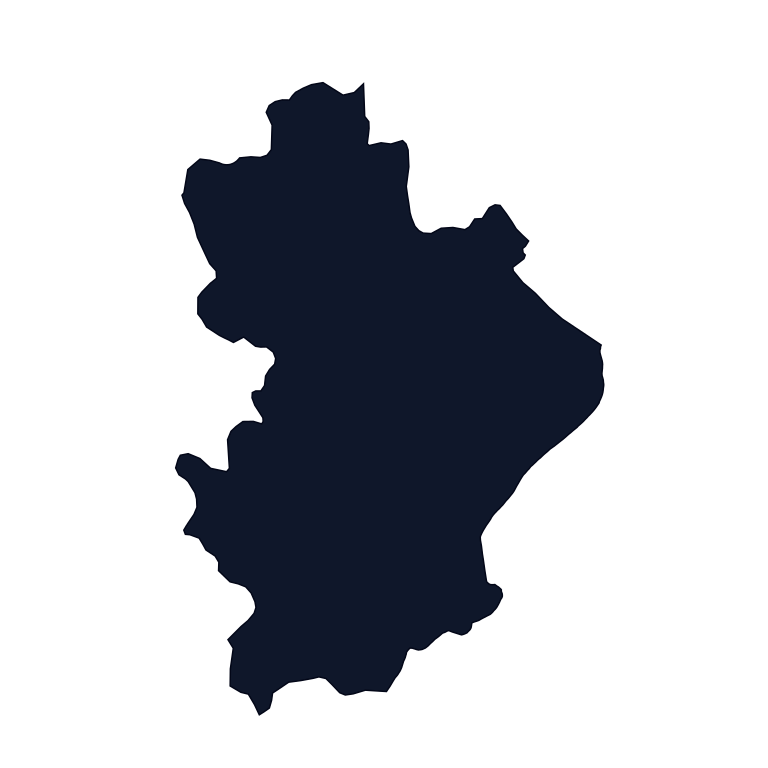 Qatana, Rif Dimashq, Syria, rotated 171°
{"feature_id": "27442178B63011141740515", "entity_name": "Qatana", "entity_type": "district", "adm_level": 2, "iso_a3": "SYR", "parent_name": "Syria", "parent_adm1": "Rif Dimashq", "projection": "equal_earth", "projection_center": [36.018, 33.361], "detail": "fine", "context": "isolated", "style": "filled", "palette": "ink", "viewbox_px": 768, "rotation_deg": 171, "n_neighbors": 0, "source": "geoboundaries", "source_scale": "gbopen_adm2", "svg_char_len": 5955}
<svg xmlns="http://www.w3.org/2000/svg" viewBox="0 0 768 768"><g transform="rotate(171 384 384)"><path d="M599.1,341.8L602.9,333.7L600.7,326.4L594.9,321.2L592.7,318.3L587.7,306.2L587.1,299.7L588.0,291.5L592.1,284.9L599.3,277.2L600.1,276.3L600.3,276.1L600.9,275.3L601.3,275.0L601.6,274.6L604.6,271.0L603.7,266.6L599.3,265.5L590.7,260.7L588.0,254.1L585.8,247.9L577.7,240.5L575.0,233.8L576.6,225.5L567.0,212.7L559.2,209.4L552.3,205.3L547.9,198.4L545.5,189.2L545.4,183.3L548.2,177.8L555.3,171.6L563.0,166.9L578.1,155.9L574.2,146.6L575.0,144.0L580.3,126.7L583.2,109.8L573.6,101.9L566.5,98.9L562.0,87.5L558.9,76.8L553.8,79.0L547.9,81.9L544.5,89.2L542.4,96.2L536.5,98.9L524.8,104.4L512.5,104.1L500.0,104.4L494.1,104.9L487.4,102.2L482.6,95.6L476.0,86.0L470.9,82.9L462.9,82.8L450.3,84.5L429.7,79.9L429.3,80.3L428.3,81.4L425.3,84.6L421.4,89.3L418.9,92.2L417.3,93.5L415.9,94.8L414.1,96.9L413.3,97.7L412.3,99.1L411.0,101.1L408.7,105.8L408.2,106.9L406.7,109.1L405.7,110.8L405.1,112.2L404.3,113.8L403.8,115.4L402.5,116.9L399.9,119.0L398.8,119.0L397.3,118.6L395.0,117.5L394.8,117.4L393.3,116.6L391.5,115.9L390.1,115.9L389.4,115.8L387.7,115.9L386.6,116.2L384.4,116.8L381.5,118.4L378.8,120.4L376.3,122.0L373.6,124.0L371.2,125.2L369.3,126.2L368.9,126.5L368.0,127.0L365.2,128.8L363.5,129.1L362.2,129.4L360.9,129.9L359.6,130.3L358.3,130.2L357.2,129.5L355.3,128.4L351.9,126.7L347.7,124.6L346.6,124.1L344.8,124.3L343.3,124.6L340.9,125.3L339.7,126.3L337.7,127.7L336.6,128.9L335.9,130.2L335.2,132.3L334.8,133.8L334.3,134.4L333.0,134.7L332.1,134.9L329.4,135.3L327.3,135.7L324.5,136.8L319.2,138.6L315.1,139.9L313.8,140.7L312.4,141.7L311.1,142.9L309.2,144.3L307.7,145.7L306.8,146.8L305.6,148.3L304.0,150.5L303.2,151.8L302.4,153.0L301.1,154.4L301.0,154.5L300.3,155.9L300.1,157.3L300.1,158.7L300.5,160.3L300.5,161.5L300.3,162.3L300.6,163.0L301.9,164.6L302.7,165.6L303.8,166.5L305.9,168.6L307.6,168.7L308.8,168.9L310.2,169.2L311.7,170.2L313.4,172.3L313.6,173.6L313.6,177.7L313.6,179.8L313.6,183.1L313.5,188.8L313.4,194.7L313.4,200.9L313.3,203.3L313.1,209.0L313.2,214.6L312.9,217.6L312.5,218.6L311.8,219.8L310.4,221.9L308.8,224.0L307.2,225.9L305.0,228.5L303.1,230.4L300.0,233.7L298.5,235.7L296.5,237.7L294.2,239.6L293.3,240.2L291.9,241.4L289.7,242.8L287.5,244.6L285.7,245.9L281.7,249.6L279.2,251.5L277.1,253.4L276.1,254.3L274.3,255.9L272.5,257.8L271.4,259.2L270.0,261.1L268.7,262.8L267.1,264.7L265.9,266.2L264.3,268.2L262.6,270.2L260.6,272.4L258.4,274.0L256.9,275.3L255.5,276.5L254.3,277.3L252.0,279.5L250.0,280.7L248.3,281.9L246.2,283.3L244.5,284.6L242.6,285.8L241.1,286.6L239.7,287.6L237.4,289.2L235.3,290.5L234.1,291.2L233.9,291.3L231.6,292.8L231.2,293.1L229.8,294.0L228.9,294.4L226.9,295.4L225.8,295.9L223.7,297.1L221.5,298.3L220.5,298.9L218.5,300.0L216.3,301.2L214.0,302.6L212.7,303.4L211.8,304.0L209.3,305.6L207.3,306.7L204.8,308.3L202.9,309.4L201.5,310.2L200.1,311.0L198.7,312.2L196.7,313.4L194.7,314.7L192.8,316.0L190.8,317.6L188.7,319.1L187.2,320.4L185.7,321.4L184.3,322.5L182.6,323.8L180.6,325.5L180.4,325.7L179.1,326.9L177.7,328.3L176.3,329.8L174.6,331.6L173.9,333.2L172.7,334.9L171.2,337.3L170.1,339.3L169.2,341.4L168.5,343.6L167.9,345.9L167.3,347.8L167.0,349.5L167.0,351.2L166.8,353.6L167.0,355.8L167.3,358.2L167.1,360.4L166.4,363.1L165.8,365.3L165.4,367.5L165.0,369.2L164.9,371.0L164.9,372.7L165.2,375.3L165.5,377.8L165.7,379.9L165.8,381.4L165.5,383.5L164.7,385.1L164.3,386.9L163.4,388.5L197.7,420.2L209.2,433.8L220.1,449.6L220.8,450.5L231.0,462.4L238.6,475.4L238.6,479.1L230.3,483.6L226.2,485.9L224.3,489.3L226.1,491.8L226.0,496.1L222.8,498.0L218.8,502.6L224.1,509.4L229.2,516.5L232.2,523.8L236.5,532.9L241.4,542.2L246.3,543.6L252.4,541.7L261.0,532.0L268.6,532.8L274.9,525.9L279.9,523.8L291.4,527.8L303.2,528.9L313.8,525.2L314.3,525.3L321.7,526.9L325.6,530.0L328.8,534.9L329.6,538.3L330.9,543.9L331.5,549.3L331.3,558.1L331.3,566.3L331.1,575.7L330.0,579.3L325.5,594.6L323.6,611.4L324.7,617.6L327.6,621.5L339.6,619.9L349.2,622.7L361.4,621.8L363.0,624.0L360.3,633.2L358.8,638.8L358.0,645.4L361.2,651.3L357.3,683.7L367.8,676.5L379.3,675.7L397.1,691.2L408.8,691.0L417.6,688.8L425.7,685.9L429.4,683.0L433.0,679.3L440.0,680.5L447.3,679.9L453.8,677.0L457.8,670.8L454.0,657.2L458.6,633.1L463.8,628.2L470.7,627.1L479.9,629.2L491.3,629.9L491.5,629.7L491.8,629.4L492.0,629.2L492.3,628.9L492.5,628.8L492.7,628.6L492.9,628.5L493.1,628.3L493.3,628.2L493.6,627.9L493.8,627.8L494.0,627.6L494.4,627.4L494.6,627.2L494.8,627.1L495.0,627.0L495.2,626.9L495.4,626.8L495.6,626.7L495.9,626.6L496.1,626.5L496.3,626.4L496.5,626.3L496.7,626.2L496.9,626.1L497.1,626.0L497.3,625.9L497.6,625.8L497.8,625.8L498.0,625.7L498.4,625.5L498.7,625.5L498.9,625.4L499.1,625.4L499.3,625.3L499.6,625.3L499.8,625.2L500.0,625.2L500.5,625.1L500.9,625.0L501.1,625.0L501.4,625.0L501.6,625.0L501.8,625.0L502.0,624.9L502.3,624.9L502.5,624.9L503.0,624.9L503.4,625.0L503.6,625.0L503.9,625.0L504.1,625.0L504.3,625.0L504.6,625.1L504.8,625.1L505.0,625.1L505.5,625.2L505.9,625.3L506.1,625.3L506.4,625.4L506.6,625.5L506.8,625.5L507.0,625.6L507.3,625.6L507.5,625.7L507.7,625.8L507.9,625.9L508.1,625.9L508.3,626.0L508.6,626.1L508.8,626.2L509.0,626.3L509.4,626.5L509.6,626.6L509.8,626.7L510.0,626.8L510.4,627.1L510.6,627.2L510.8,627.3L511.0,627.4L511.2,627.6L511.4,627.7L511.6,627.8L511.8,628.0L512.0,628.1L521.0,632.2L530.5,634.9L544.2,626.5L551.7,604.1L554.0,602.1L552.7,593.5L549.2,583.7L546.5,571.6L545.3,558.0L540.6,541.5L537.3,530.1L532.1,522.0L532.8,514.6L539.8,510.6L549.5,503.3L554.2,498.7L556.9,482.4L553.6,476.5L550.3,468.0L539.0,457.8L534.3,454.4L530.6,451.9L526.2,448.6L515.2,452.3L505.0,441.4L500.2,439.8L494.2,439.0L488.4,432.8L487.7,429.5L487.0,426.2L488.9,420.7L494.7,416.3L499.7,410.4L502.2,401.2L506.7,396.4L511.8,397.2L515.4,396.1L516.5,391.0L514.9,383.2L511.4,375.4L508.9,369.7L509.2,365.9L511.0,363.7L518.9,367.5L529.2,369.0L536.8,365.1L542.5,361.2L547.2,353.5L549.9,324.9L553.2,322.0L568.4,327.8L577.5,339.2L588.3,345.8L596.3,345.5L599.1,341.8Z" fill="#0f172a" stroke="#020617" stroke-width="1.5"/></g></svg>